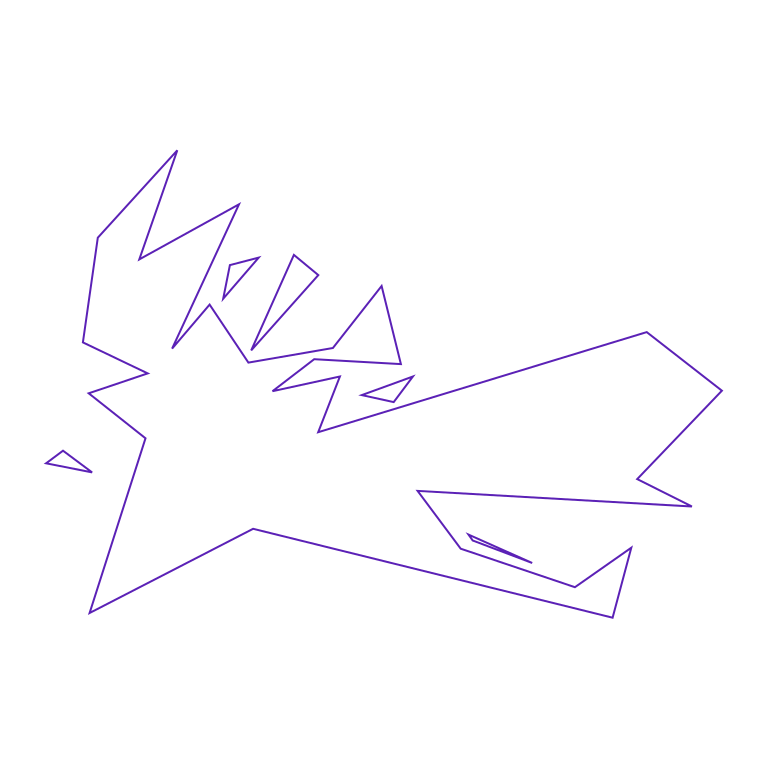 the border of Archipel des Kerguelen
{"feature_id": "ATF-5916", "entity_name": "Archipel des Kerguelen", "entity_type": "state/province", "adm_level": 1, "iso_a3": "ATF", "parent_name": "French Southern and Antarctic Lands", "parent_adm1": "", "projection": "equal_earth", "projection_center": [69.4, -49.144], "detail": "coarse", "context": "isolated", "style": "outline", "palette": "violet", "viewbox_px": 768, "rotation_deg": 0, "n_neighbors": 0, "source": "natural_earth", "source_scale": "10m", "svg_char_len": 724}
<svg xmlns="http://www.w3.org/2000/svg" viewBox="0 0 768 768"><path d="M721.9,390.7L637.2,479.1L691.9,506.5L417.6,490.9L460.7,548.7L574.9,587.2L631.3,547.7L612.6,617.7L253.1,528.8L89.6,613.0L145.5,438.3L88.7,393.3L147.7,373.4L82.9,342.4L97.8,237.7L177.3,150.3L139.3,259.4L239.0,204.3L172.1,348.6L209.6,304.6L248.4,362.6L332.9,348.0L381.6,286.0L400.9,364.1L314.2,359.2L272.5,391.2L339.9,376.5L318.2,432.2L646.7,332.1L721.9,390.7ZM251.2,350.4L293.9,254.9L318.3,275.1L251.2,350.4ZM229.9,265.1L258.7,257.6L223.2,298.7L229.9,265.1ZM63.0,450.7L92.1,472.4L46.1,463.3L63.0,450.7ZM532.2,563.0L472.7,540.5L468.5,534.6L532.2,563.0ZM393.7,402.1L361.8,395.1L412.9,376.5L393.7,402.1Z" fill="none" stroke="#5b21b6" stroke-width="2"/></svg>